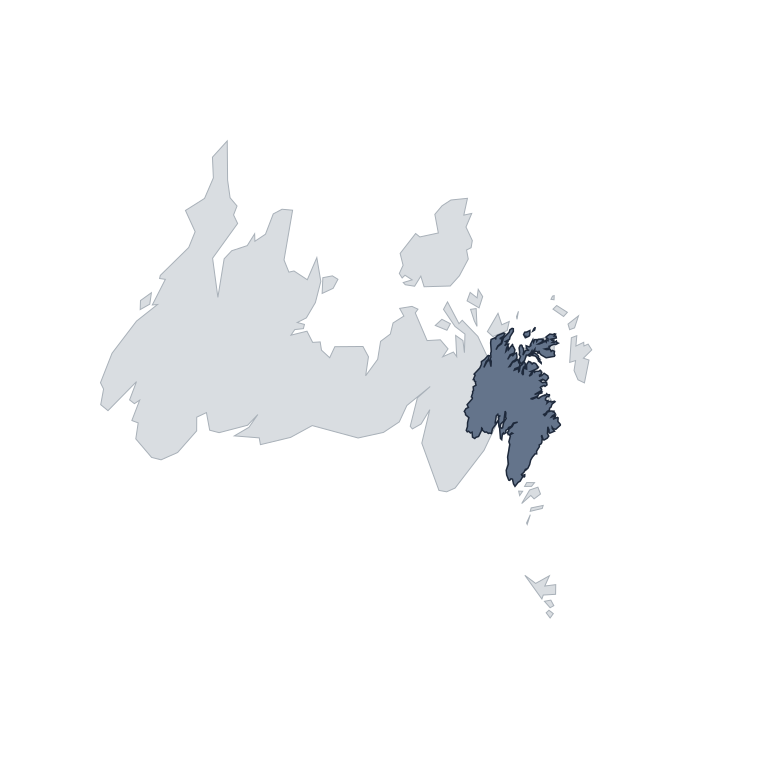 location of Highland within United Kingdom, rotated 127°
{"feature_id": "GBR-2745", "entity_name": "Highland", "entity_type": "Unitary District", "adm_level": 1, "iso_a3": "GBR", "parent_name": "United Kingdom", "parent_adm1": "", "projection": "natural_earth1", "projection_center": [-5.279, 57.587], "detail": "fine", "context": "in_parent", "style": "filled", "palette": "slate", "viewbox_px": 768, "rotation_deg": 127, "n_neighbors": 0, "source": "natural_earth", "source_scale": "10m", "svg_char_len": 9861}
<svg xmlns="http://www.w3.org/2000/svg" viewBox="0 0 768 768"><g transform="rotate(127 384 384)"><path d="M414.8,568.8L380.2,587.0L369.2,585.8L355.8,576.5L341.9,577.7L347.7,573.0L335.7,568.8L314.8,574.8L305.8,570.6L300.2,561.6L345.1,538.5L351.9,527.3L347.9,523.9L346.9,508.0L323.5,513.7L340.1,496.2L360.3,487.8L377.9,485.8L387.1,490.3L384.3,483.4L388.3,481.7L394.2,488.0L401.0,487.7L388.2,477.3L393.7,466.0L388.8,460.3L394.6,454.3L395.7,443.2L383.8,445.7L366.7,423.4L371.6,412.8L388.5,403.6L368.1,403.9L352.0,412.4L340.3,409.0L329.8,413.5L317.8,409.0L314.2,417.0L305.2,408.4L303.8,401.9L308.4,401.8L323.4,375.7L314.8,365.6L317.4,354.0L326.9,353.5L316.7,347.8L318.4,342.4L302.1,356.0L301.8,347.1L310.6,338.6L295.4,349.4L295.3,362.0L288.6,381.4L280.2,382.7L290.7,360.4L286.0,359.9L289.5,337.7L303.1,312.1L284.9,323.5L266.1,314.1L281.9,307.3L276.7,304.8L287.3,294.7L288.5,288.2L279.4,280.9L279.2,276.4L287.7,272.4L281.4,266.3L286.7,255.7L304.3,255.7L294.3,246.3L297.2,237.8L310.0,236.6L306.9,230.5L309.7,221.5L332.3,224.1L385.6,218.1L379.6,233.7L349.6,251.8L347.9,257.1L354.8,258.8L344.1,270.9L376.8,264.2L424.3,264.6L432.4,269.1L435.9,276.1L408.5,318.2L376.9,332.0L393.6,330.3L402.8,334.3L402.0,337.6L375.0,349.0L358.2,345.6L387.4,352.8L405.1,349.0L423.0,355.3L442.7,372.2L460.4,416.3L482.9,426.5L506.8,446.2L502.1,451.2L515.5,472.3L499.9,465.8L484.3,466.4L499.0,468.1L522.1,486.4L525.8,495.4L513.7,508.6L523.2,513.6L534.2,505.4L562.9,507.6L578.7,516.4L582.5,525.4L577.2,549.2L563.0,556.9L564.9,563.4L543.9,569.4L549.9,571.5L549.8,577.6L531.0,583.1L571.4,588.4L571.0,597.8L556.8,604.9L553.6,611.2L523.1,619.7L482.7,619.5L456.8,612.7L460.3,616.6L432.0,621.6L434.8,626.7L431.9,628.0L392.5,622.1L376.0,626.5L364.9,647.0L343.8,639.0L322.1,644.3L306.1,657.5L284.2,655.5L315.3,631.6L327.9,619.0L330.3,608.5L339.5,605.9L343.9,597.5L386.7,596.6L414.8,568.8ZM270.0,449.7L244.8,449.3L245.0,443.9L230.7,431.5L217.9,445.5L206.7,444.9L196.8,441.3L185.5,429.1L201.1,421.9L195.0,416.6L209.3,413.0L216.3,399.8L222.7,396.5L227.3,398.7L233.5,391.9L252.2,388.9L265.9,390.1L282.2,410.5L275.7,419.5L287.5,418.4L291.9,426.7L291.4,429.7L283.9,424.2L284.5,432.7L288.4,433.3L286.5,438.3L277.7,440.2L270.0,449.7ZM263.9,231.6L258.9,240.3L250.0,245.1L255.0,248.7L234.3,262.2L229.4,259.1L238.2,253.6L230.5,249.6L233.3,247.2L229.3,245.0L231.7,238.6L243.4,240.3L241.5,234.7L262.5,224.6L263.9,231.6ZM265.8,274.5L266.1,284.1L284.3,288.5L271.8,297.7L270.0,289.8L258.8,289.7L241.7,277.7L257.6,266.4L265.8,274.5ZM448.7,120.4L456.7,129.8L460.7,128.5L452.0,156.4L452.0,142.9L437.6,136.5L448.6,134.0L440.9,126.1L448.7,120.4ZM279.9,333.0L258.9,335.5L265.8,325.6L258.7,321.6L267.2,317.8L280.6,325.6L279.9,333.0ZM338.2,482.2L348.9,487.9L335.9,496.8L328.7,490.3L328.1,483.8L338.2,482.2ZM266.0,353.9L267.6,367.7L259.0,370.3L259.2,361.5L251.7,365.7L254.8,357.8L266.0,353.9ZM385.4,195.0L384.7,199.7L396.6,202.1L381.0,203.9L373.8,199.0L377.7,192.8L385.4,195.0ZM306.4,378.3L297.5,376.7L295.9,367.3L303.2,366.1L306.4,378.3ZM471.3,623.5L463.9,628.7L451.1,624.7L461.2,619.1L471.3,623.5ZM272.3,359.8L268.3,355.8L282.0,344.4L279.1,350.1L272.3,359.8ZM224.5,265.6L228.9,268.4L225.4,273.1L212.5,269.7L224.5,265.6ZM222.5,294.1L217.4,293.3L216.4,280.7L222.0,281.2L222.5,294.1ZM461.0,125.1L456.2,120.7L458.8,115.0L462.7,116.7L461.0,125.1ZM397.7,190.6L394.4,191.9L385.2,183.8L388.1,182.7L397.7,190.6ZM381.2,210.1L376.8,210.7L372.2,204.4L377.0,204.6L381.2,210.1ZM470.9,110.5L469.1,116.8L465.4,116.1L465.5,110.6L470.9,110.5ZM409.2,186.5L400.3,188.5L410.0,185.1L409.2,186.5ZM260.4,301.7L257.8,302.2L254.4,299.0L258.7,297.4L260.4,301.7ZM391.5,208.5L388.5,212.0L386.2,208.7L391.5,208.5ZM250.5,318.7L245.0,320.4L252.3,316.7L250.5,318.7ZM215.9,301.6L212.4,302.3L211.0,301.3L214.4,298.9L215.9,301.6Z" fill="#d9dde1" stroke="#a8b0b8" stroke-width="1"/><path d="M298.5,318.0L298.0,317.0L299.2,316.3L301.9,315.6L304.5,316.0L310.7,314.2L304.2,315.2L301.1,314.2L305.8,309.0L301.3,312.0L300.0,314.4L298.3,314.7L295.3,317.3L293.5,317.9L287.0,323.6L284.0,325.3L280.3,323.2L281.1,321.5L279.3,322.9L277.0,322.6L271.1,319.1L270.9,317.9L273.9,317.3L277.6,318.7L277.9,318.3L276.5,317.0L280.7,315.0L285.1,316.0L289.2,315.2L285.5,315.6L281.1,314.3L275.3,316.3L267.4,315.2L264.9,316.1L262.5,315.2L262.0,314.0L264.2,312.3L270.2,311.8L272.7,310.7L277.1,312.6L276.9,311.6L275.8,310.7L280.8,310.7L277.9,309.7L277.1,308.5L281.7,307.7L284.6,306.3L283.4,306.2L281.3,307.2L279.8,307.0L281.7,305.2L274.4,305.2L277.1,304.9L276.0,303.8L277.9,300.0L280.9,298.6L284.7,300.9L290.0,300.0L285.9,300.3L283.6,299.4L283.9,298.1L281.4,298.0L279.5,296.9L282.5,293.9L285.2,293.4L288.6,294.8L294.8,294.5L294.0,293.8L289.3,294.5L287.6,293.2L283.8,292.0L286.0,289.0L285.3,288.2L287.9,286.5L289.2,286.3L293.0,288.7L294.5,288.3L290.8,285.9L293.2,283.8L292.3,283.6L287.9,285.9L284.8,285.3L282.3,285.6L282.0,284.9L283.0,283.2L284.9,282.1L286.5,282.7L290.9,281.2L292.6,280.1L292.9,278.7L292.3,278.6L288.4,281.6L285.5,281.1L286.7,280.3L286.3,279.0L282.8,281.8L278.9,282.1L278.3,280.1L278.8,279.7L278.2,278.3L278.8,277.7L276.9,277.1L276.4,275.1L277.4,271.8L278.0,271.8L277.7,270.8L279.1,270.7L285.5,274.2L284.9,273.2L290.4,272.7L287.5,271.7L284.7,272.5L283.4,271.5L283.9,270.8L282.6,270.6L280.7,268.1L279.0,267.6L279.1,266.4L279.8,265.8L279.6,265.0L281.8,264.4L283.4,265.2L284.2,264.3L282.4,263.1L279.1,262.6L278.9,258.1L280.2,256.3L283.2,256.3L284.2,256.7L284.7,260.1L286.8,261.2L286.1,260.1L287.7,260.5L287.6,258.2L285.1,255.9L285.5,255.3L285.0,255.0L286.6,253.3L289.0,254.0L288.8,255.3L291.5,256.9L292.7,257.1L293.4,254.9L294.3,254.3L301.8,257.4L297.9,254.8L295.1,253.8L295.1,253.0L295.9,253.2L296.2,252.6L298.8,254.3L300.4,254.0L302.7,254.8L307.6,258.1L306.6,256.2L301.8,253.7L302.8,252.9L302.4,251.7L299.0,250.7L296.4,249.2L296.7,248.9L296.1,248.3L293.8,248.2L294.3,247.1L293.0,245.5L293.8,244.8L295.2,245.1L296.2,246.4L298.7,246.2L299.6,245.4L299.1,243.7L299.6,243.4L298.8,243.0L301.0,242.3L299.1,241.9L297.5,240.6L297.8,239.6L295.1,237.5L295.2,236.7L299.0,237.7L302.0,236.7L303.6,237.2L305.3,236.2L307.7,237.2L310.3,237.2L312.9,238.6L311.1,237.2L313.2,236.5L310.0,236.2L308.4,236.8L305.1,234.5L303.6,232.1L304.4,232.1L304.0,231.0L304.8,229.0L308.1,230.4L309.7,230.4L308.3,229.4L308.1,228.7L306.6,229.0L307.1,228.3L306.3,227.9L308.4,227.1L310.5,227.9L306.3,225.4L306.3,224.5L309.3,222.6L310.1,218.9L310.8,218.4L316.7,219.5L317.9,221.8L317.4,223.6L318.4,222.7L319.0,219.4L323.5,222.0L323.2,223.2L321.4,224.5L319.6,227.4L325.3,223.6L326.4,221.1L329.0,221.0L332.5,222.5L332.5,223.6L329.9,227.3L331.2,226.6L332.2,225.0L335.7,222.8L337.1,222.5L339.9,223.6L339.4,223.2L340.5,222.2L345.9,221.7L347.9,220.0L348.9,221.3L353.0,221.5L356.4,221.1L360.7,219.2L364.6,218.4L366.7,218.8L366.2,219.1L367.1,219.7L370.4,219.1L373.6,219.8L374.1,218.8L371.7,217.0L373.1,216.0L373.8,216.0L374.5,217.4L379.7,216.8L381.8,217.7L386.9,217.8L385.8,220.5L382.7,224.1L383.2,225.6L385.3,225.6L385.7,226.5L382.8,231.3L379.3,234.5L373.0,236.5L368.0,241.3L356.6,247.1L355.0,249.5L349.6,251.7L349.2,253.0L346.0,251.5L346.2,252.6L348.6,253.1L349.7,254.3L348.9,255.3L348.9,256.3L346.5,256.0L345.2,257.1L340.8,256.0L337.6,256.6L334.0,254.3L337.3,257.2L341.2,256.8L343.5,258.2L344.1,258.2L343.9,257.4L347.7,258.8L349.9,257.6L351.2,257.8L351.9,258.5L351.3,259.1L352.6,259.4L357.6,256.5L357.4,258.2L349.8,265.0L348.4,264.9L348.7,263.6L347.6,262.9L342.8,265.3L337.9,265.7L337.3,267.0L333.7,269.3L332.7,270.9L341.5,266.0L345.6,266.8L349.0,265.3L349.2,266.0L348.4,267.0L344.7,270.1L345.3,270.8L342.7,271.2L342.2,272.4L339.1,272.2L341.3,272.8L339.7,274.9L341.8,275.2L348.0,271.9L346.1,270.5L354.5,270.4L358.9,268.4L359.9,270.5L360.7,270.9L360.6,273.2L361.8,274.4L361.7,277.5L360.4,278.7L360.4,279.5L362.4,278.2L369.0,276.9L371.3,278.5L372.9,278.7L373.2,281.3L369.5,284.6L371.1,285.5L370.8,288.0L372.1,288.7L371.5,290.4L367.8,291.7L364.6,294.0L359.8,296.0L359.5,300.3L358.1,301.7L357.6,303.4L354.4,303.7L351.9,302.5L350.5,305.2L342.6,304.6L341.7,305.3L341.7,306.5L337.8,307.7L336.6,308.8L335.3,308.6L332.6,311.1L329.5,309.8L328.0,311.8L327.0,312.2L327.2,313.6L326.2,314.6L326.7,315.4L322.1,316.5L321.9,318.0L313.5,317.1L309.7,318.0L307.5,319.7L303.9,318.5L298.5,318.0ZM249.4,282.5L248.8,282.9L244.3,281.6L242.9,278.9L241.3,278.1L240.9,277.0L243.3,277.0L242.3,275.4L243.5,274.1L247.8,277.6L247.6,276.7L248.1,276.3L246.9,274.7L247.6,274.2L249.5,274.6L248.1,272.9L245.9,272.2L246.9,270.9L246.5,269.4L249.2,270.6L249.8,272.1L253.3,274.1L255.0,273.9L254.2,275.4L255.8,273.7L259.3,276.7L258.8,274.9L256.3,272.1L257.4,270.1L255.9,269.8L255.3,267.5L257.5,266.3L258.3,264.8L259.4,264.6L265.5,270.3L266.2,276.0L265.7,278.5L264.1,280.1L266.5,279.4L266.8,279.9L265.9,281.1L266.1,281.9L267.5,283.2L265.4,284.5L269.6,284.4L268.3,285.9L271.1,285.5L274.4,286.5L275.3,287.7L280.5,285.9L285.2,286.6L284.5,289.2L283.5,290.4L279.9,291.5L279.2,293.7L277.1,294.7L273.9,297.8L271.1,298.5L270.2,297.6L270.3,296.8L271.3,295.7L271.9,294.0L273.7,292.1L277.4,290.4L271.9,291.1L269.7,288.3L270.5,290.1L269.4,291.4L269.7,291.8L267.9,293.5L267.0,290.4L265.0,289.8L264.6,290.1L265.1,290.5L264.5,290.8L258.9,291.8L260.6,289.7L257.9,290.4L256.6,288.7L257.9,287.7L255.4,287.7L252.6,284.2L255.2,283.1L259.3,284.9L258.8,284.2L255.6,282.2L253.3,282.5L253.9,281.8L252.8,281.4L253.4,281.1L252.7,280.7L252.9,279.7L251.0,280.8L251.2,279.9L250.7,279.0L249.1,280.4L249.4,282.5ZM258.6,297.0L261.5,298.6L260.8,299.4L261.8,299.4L260.5,302.3L258.0,302.8L256.6,301.3L253.5,299.7L257.1,297.1L258.6,297.0ZM268.9,282.5L268.4,281.2L268.7,278.0L269.0,277.1L270.8,276.7L270.0,275.3L271.6,275.3L271.1,274.2L271.7,274.4L272.1,274.9L270.7,278.9L270.8,280.4L271.8,282.4L269.3,283.5L268.6,283.2L268.9,282.5ZM273.0,285.6L271.1,284.6L270.9,283.9L273.1,283.7L274.2,284.5L274.3,285.2L273.0,285.6ZM247.6,297.3L250.3,296.2L252.2,297.0L249.9,297.5L247.6,297.3ZM272.7,273.9L271.8,273.1L272.1,271.5L272.9,270.9L272.7,273.9Z" fill="#64748b" stroke="#1e293b" stroke-width="1.5"/></g></svg>